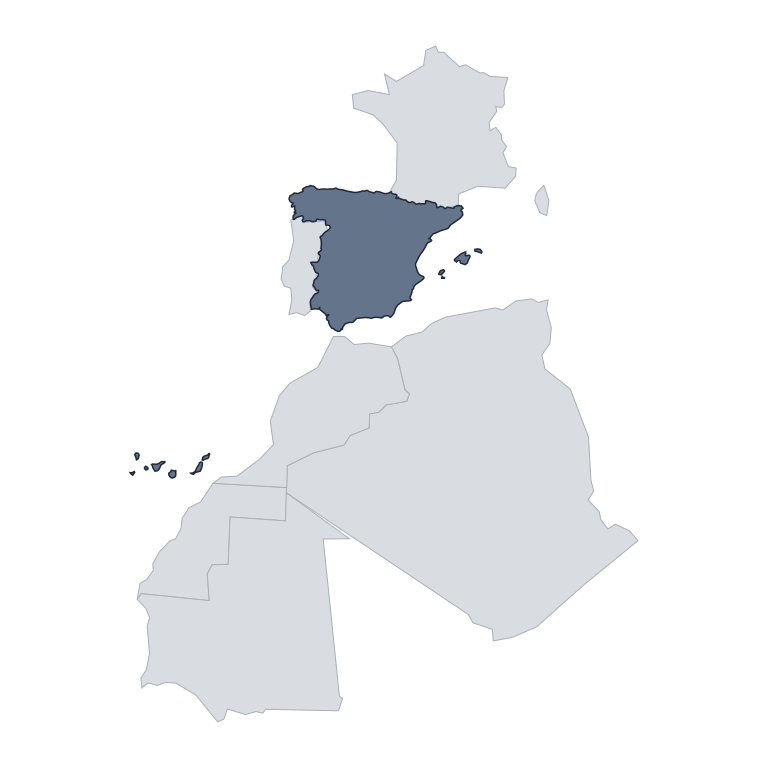 map of Spain with Western Sahara, France, Mauritania and 3 others greyed out
{"feature_id": "ESP", "entity_name": "Spain", "entity_type": "country or territory", "adm_level": 0, "iso_a3": "ESP", "parent_name": "Europe", "parent_adm1": "", "projection": "orthographic", "projection_center": [-5.186, 35.705], "detail": "fine", "context": "with_neighbors", "style": "filled", "palette": "slate", "viewbox_px": 768, "rotation_deg": 0, "n_neighbors": 6, "source": "natural_earth", "source_scale": "50m", "svg_char_len": 9030}
<svg xmlns="http://www.w3.org/2000/svg" viewBox="0 0 768 768"><path d="M286.8,487.6L285.5,520.9L230.1,517.0L228.2,564.3L212.1,564.8L207.3,573.9L209.2,600.6L141.4,593.7L137.2,599.3L140.0,583.4L147.0,579.2L153.3,570.3L152.7,564.0L159.5,551.7L169.8,541.0L175.7,538.6L181.0,528.3L182.1,518.5L189.0,507.6L200.6,501.9L213.0,483.3L286.8,487.6Z" fill="#d9dde1" stroke="#a8b0b8" stroke-width="1"/><path d="M483.4,72.4L489.9,76.4L507.8,77.5L503.9,90.8L504.5,104.0L501.6,107.5L495.7,106.6L496.8,111.2L489.1,122.6L490.1,130.9L495.8,127.3L501.4,134.9L501.7,140.1L506.6,146.6L502.9,152.7L508.4,166.6L516.0,168.0L515.7,176.2L505.1,188.2L477.8,186.2L458.7,194.0L458.2,205.4L442.4,209.0L426.3,201.6L421.5,206.0L395.7,198.7L389.9,191.6L396.4,180.1L397.2,143.0L382.9,124.0L373.2,114.9L353.7,108.1L352.3,94.7L368.3,90.5L389.4,94.6L384.5,74.0L396.4,81.4L423.6,65.6L425.8,50.5L435.7,46.1L438.2,52.3L443.7,52.2L459.5,66.7L465.4,64.7L480.0,73.1L483.4,72.4ZM536.4,193.5L543.8,185.2L548.9,200.7L546.8,215.7L540.0,212.8L534.8,200.8L536.4,193.5Z" fill="#d9dde1" stroke="#a8b0b8" stroke-width="1"/><path d="M137.2,599.3L141.4,593.7L209.2,600.6L207.3,573.9L212.1,564.8L228.2,564.3L230.1,517.0L285.5,520.9L286.3,492.7L349.4,538.8L323.2,539.0L339.4,696.2L342.6,698.4L338.5,710.8L265.6,709.3L262.8,713.1L255.8,711.6L245.5,714.6L227.3,709.0L223.9,719.1L217.7,721.9L195.8,695.0L175.9,683.2L165.9,682.4L157.0,685.4L148.2,682.9L141.8,687.9L140.9,678.1L146.3,669.9L149.5,653.4L147.2,626.2L149.6,617.4L145.7,608.2L137.2,599.3Z" fill="#d9dde1" stroke="#a8b0b8" stroke-width="1"/><path d="M286.3,492.7L287.3,465.7L314.2,452.6L344.0,445.0L350.2,435.5L369.1,427.9L369.6,414.0L378.9,412.2L386.0,405.0L406.7,401.2L409.4,393.8L405.0,389.9L397.6,358.8L391.4,346.9L405.8,336.1L422.1,332.0L431.3,323.7L445.4,317.1L495.1,307.9L502.9,309.9L516.0,301.0L531.7,298.9L538.3,302.4L548.1,299.9L546.5,309.9L551.3,327.4L549.9,343.3L541.9,355.0L544.9,368.9L570.2,389.0L588.5,437.1L590.9,479.8L593.7,491.2L588.1,499.9L599.3,511.8L600.8,519.6L607.9,528.9L615.2,524.3L629.2,530.6L637.9,540.7L584.0,584.7L536.8,626.7L512.6,637.3L493.2,640.9L492.4,629.4L472.9,622.8L468.4,614.6L286.3,492.7Z" fill="#d9dde1" stroke="#a8b0b8" stroke-width="1"/><path d="M290.9,220.2L302.0,213.0L305.1,222.3L324.1,221.0L327.9,230.5L321.2,235.5L320.8,250.1L318.4,252.8L317.6,261.7L311.3,263.1L316.9,274.5L312.5,286.8L317.5,292.5L309.7,304.6L310.8,310.8L304.6,315.6L296.7,312.7L288.9,314.5L291.8,299.8L290.8,288.2L284.3,286.2L281.1,278.9L282.8,266.6L288.9,260.1L293.7,241.3L290.9,220.2Z" fill="#d9dde1" stroke="#a8b0b8" stroke-width="1"/><path d="M221.5,477.0L237.0,476.1L259.1,459.6L273.4,444.6L270.3,421.1L279.5,395.4L290.2,383.0L317.9,367.3L333.5,336.4L344.8,336.6L354.1,344.5L368.7,343.1L391.4,346.9L397.6,358.8L405.0,389.9L409.4,393.8L406.7,401.2L386.0,405.0L378.9,412.2L369.6,414.0L369.1,427.9L350.2,435.5L344.0,445.0L314.2,452.6L287.3,465.7L286.8,487.6L213.0,483.3L221.5,477.0Z" fill="#d9dde1" stroke="#a8b0b8" stroke-width="1"/><path d="M391.4,191.8L391.4,192.5L392.0,193.3L392.6,193.7L393.7,194.1L395.9,194.3L396.7,194.8L396.8,195.6L396.7,196.5L395.9,197.9L396.2,198.3L396.7,198.6L397.5,198.5L398.1,197.4L398.4,197.3L398.4,197.6L398.6,198.1L400.2,198.7L403.6,199.9L405.9,200.0L406.3,200.5L408.5,202.5L410.0,202.4L411.1,202.2L411.9,201.8L412.4,201.8L413.8,202.5L414.7,203.1L415.6,203.9L416.2,204.2L419.5,203.4L420.2,203.9L421.9,203.7L423.9,203.8L425.4,203.7L425.6,203.4L425.6,201.6L425.8,200.9L426.1,200.7L427.1,200.8L430.5,201.7L433.4,202.7L434.5,202.7L435.3,203.0L436.6,204.7L436.4,205.6L436.7,206.5L436.8,207.2L437.1,207.7L438.2,207.5L440.5,206.2L442.7,206.9L443.7,207.4L444.6,208.6L445.3,208.7L446.1,208.0L447.5,207.2L452.7,208.2L453.9,208.2L454.0,207.2L454.4,206.9L456.0,206.4L457.0,205.8L458.0,205.5L460.6,206.0L461.4,205.9L461.9,207.0L462.6,207.4L463.0,208.4L461.8,209.1L461.1,209.2L461.1,211.0L461.5,211.5L462.2,211.9L462.4,212.4L462.8,214.9L461.6,216.6L459.8,218.5L450.6,224.9L448.5,227.8L447.7,228.5L440.5,230.8L435.6,233.0L433.2,233.8L430.4,237.2L429.0,238.5L430.2,238.8L431.6,240.3L431.2,241.0L429.3,242.1L428.5,242.5L428.0,242.4L427.6,242.6L424.6,248.3L421.9,252.4L420.4,254.3L418.8,257.0L415.5,263.8L415.6,265.8L417.8,272.3L418.9,274.0L420.5,275.4L423.3,276.5L424.0,277.7L423.2,279.0L420.5,281.2L415.8,284.3L413.9,286.6L413.5,288.8L412.2,289.8L411.8,292.8L411.0,294.9L410.9,295.5L410.0,297.1L410.0,298.2L411.5,299.7L410.8,300.3L410.1,300.7L402.6,301.4L398.0,304.8L395.8,307.8L393.8,313.3L391.3,316.6L390.2,317.2L388.4,315.8L386.2,315.7L384.0,316.2L382.9,317.3L381.2,318.0L379.4,317.5L375.7,317.3L374.0,317.4L371.4,318.3L369.2,317.8L365.4,317.5L357.3,318.3L356.3,318.7L355.3,320.0L352.7,322.4L348.7,322.5L345.1,323.9L344.2,324.9L342.7,327.5L342.2,329.4L341.9,329.4L341.5,328.9L341.0,329.1L340.7,330.5L339.3,331.2L338.2,331.4L335.4,330.2L333.1,328.5L331.9,328.3L329.9,325.6L329.1,323.8L328.5,321.9L328.7,321.2L328.5,320.6L326.8,319.8L326.4,318.1L327.7,315.8L328.7,314.9L329.3,314.6L327.8,314.7L326.6,316.1L325.2,313.8L319.4,309.2L319.8,308.2L319.7,307.6L318.7,308.8L318.0,309.1L315.0,308.8L311.5,309.3L310.3,302.8L310.3,301.6L311.2,299.0L312.2,297.9L313.6,295.6L315.2,293.8L317.6,293.1L318.3,291.7L318.6,290.4L318.4,290.3L316.4,290.5L313.0,285.2L313.2,284.4L313.6,283.2L314.0,281.6L314.1,280.4L315.0,279.4L316.4,278.4L317.6,276.9L318.2,275.4L318.4,274.1L317.7,273.1L315.8,272.5L314.0,268.7L313.6,266.3L312.0,264.9L310.8,262.5L312.0,262.2L316.9,262.3L318.0,261.7L319.0,260.1L319.9,257.5L320.2,255.9L319.9,255.3L318.3,253.6L318.3,253.1L318.6,252.4L320.8,250.7L321.5,249.9L321.4,249.3L321.0,248.6L321.0,248.0L321.2,247.3L321.4,244.7L321.5,244.1L321.3,241.7L321.1,239.8L320.1,237.4L320.3,236.8L320.8,236.4L322.3,235.5L323.6,233.6L325.3,231.9L327.7,230.6L329.3,229.1L329.9,228.0L330.4,227.7L330.0,226.4L329.1,225.6L327.9,225.1L326.6,225.2L325.8,225.0L325.6,224.4L325.7,222.8L325.6,221.2L325.4,220.5L324.8,219.9L323.6,220.0L322.6,219.6L321.8,219.5L321.3,219.8L319.0,219.7L317.4,219.1L317.0,219.2L316.7,219.5L316.5,220.6L315.6,221.2L313.7,221.7L312.2,221.7L310.8,221.2L309.7,220.6L306.8,220.9L306.5,220.6L304.0,221.9L303.2,221.9L302.9,221.7L302.2,220.3L302.4,219.7L303.7,218.0L303.5,217.6L303.1,217.0L302.7,216.2L302.6,215.8L301.8,215.7L301.0,216.1L297.2,217.2L295.9,217.9L294.5,219.2L293.5,219.4L293.1,219.0L293.1,216.0L294.8,214.1L296.0,213.0L295.5,212.7L294.3,212.7L294.4,211.8L295.0,211.4L295.6,210.4L294.9,209.9L294.5,209.2L294.6,207.5L294.7,206.8L294.6,206.0L292.1,207.0L291.5,206.8L291.5,205.5L293.0,203.6L293.1,203.0L291.6,202.7L290.4,201.7L289.8,200.8L289.1,199.5L289.1,198.4L290.0,195.9L292.2,194.7L294.3,193.0L297.2,193.5L298.9,193.2L300.6,192.3L301.5,192.1L303.0,191.4L303.0,190.3L302.5,189.5L302.9,188.7L306.5,186.7L308.5,186.5L310.7,185.5L312.1,186.2L313.3,186.0L314.7,186.9L316.5,188.8L319.3,189.6L321.5,189.1L325.3,189.0L327.3,189.3L330.7,188.9L332.7,189.1L335.9,188.1L338.3,189.3L343.1,189.9L346.0,190.9L354.0,192.4L356.9,192.4L360.9,191.5L362.6,190.8L364.2,191.2L366.5,190.4L367.6,190.5L369.1,191.6L374.2,193.0L375.6,191.7L376.5,191.4L380.2,192.1L384.0,193.5L385.9,193.6L388.7,193.1L391.4,191.8ZM465.3,255.4L466.7,255.9L468.1,255.2L468.9,255.3L469.7,255.5L470.0,256.7L469.4,258.1L468.6,259.5L467.9,261.1L467.4,262.8L466.2,263.9L465.1,264.6L462.4,263.6L461.0,263.4L460.5,263.0L460.0,261.1L459.3,260.6L458.3,260.4L457.5,260.9L456.5,262.0L455.8,261.1L454.9,260.9L454.5,260.4L454.4,259.6L460.0,254.6L461.6,253.5L465.1,252.0L465.7,252.1L465.3,252.8L465.4,253.1L465.8,253.4L465.8,254.0L465.4,254.5L465.3,255.4ZM161.0,464.9L159.2,469.0L157.8,470.5L157.0,470.9L155.1,471.2L153.1,468.3L152.2,465.4L151.6,464.5L152.7,464.0L154.2,464.2L157.4,464.1L158.1,463.9L161.6,461.6L164.8,461.6L164.8,462.5L161.0,464.9ZM195.6,472.4L193.3,474.3L191.1,473.6L190.7,473.2L193.0,472.9L195.1,471.5L196.7,468.0L199.0,464.3L199.6,462.7L200.4,462.1L201.5,462.1L202.0,462.3L202.4,463.2L202.3,465.2L201.5,468.4L200.2,471.2L195.6,472.4ZM175.9,470.9L175.6,472.3L175.9,473.8L175.6,476.0L174.7,477.1L172.6,478.0L171.1,477.7L170.2,477.1L168.8,475.0L168.9,473.0L170.5,471.9L171.3,470.2L175.0,471.0L175.6,470.6L175.9,470.9ZM204.5,459.3L203.3,460.4L202.1,459.9L202.9,457.2L203.6,456.5L205.9,455.5L207.8,455.2L208.4,454.0L209.1,453.5L209.7,454.3L209.1,455.2L208.6,457.8L207.2,458.6L204.5,459.3ZM481.6,252.9L481.4,253.1L476.7,251.4L475.3,251.3L474.9,251.0L474.9,249.4L477.8,248.9L480.2,249.4L481.8,251.5L481.9,251.8L481.6,252.9ZM136.9,459.8L136.4,459.8L136.2,458.3L134.7,454.5L136.0,453.0L138.2,453.3L138.9,454.5L139.1,455.7L138.6,456.3L138.6,457.7L138.3,458.5L136.9,459.8ZM442.0,273.6L441.6,274.8L439.3,274.5L438.8,274.1L439.2,272.8L439.8,272.6L439.8,271.6L440.4,270.7L443.5,269.7L444.2,270.3L444.5,271.2L442.7,273.3L442.0,273.6ZM146.5,469.9L145.8,469.9L145.1,469.4L144.4,467.8L145.1,466.8L145.6,466.3L146.4,466.5L147.7,467.5L148.0,468.4L148.0,468.9L146.5,469.9ZM134.7,472.3L132.8,475.2L130.9,473.8L130.5,473.3L130.1,472.6L132.1,472.8L134.1,471.5L134.7,472.3ZM444.5,278.1L444.2,278.4L443.2,278.2L441.8,278.3L441.7,277.6L442.1,276.5L443.1,277.5L444.5,277.6L444.5,278.1Z" fill="#64748b" stroke="#1e293b" stroke-width="1.5"/></svg>